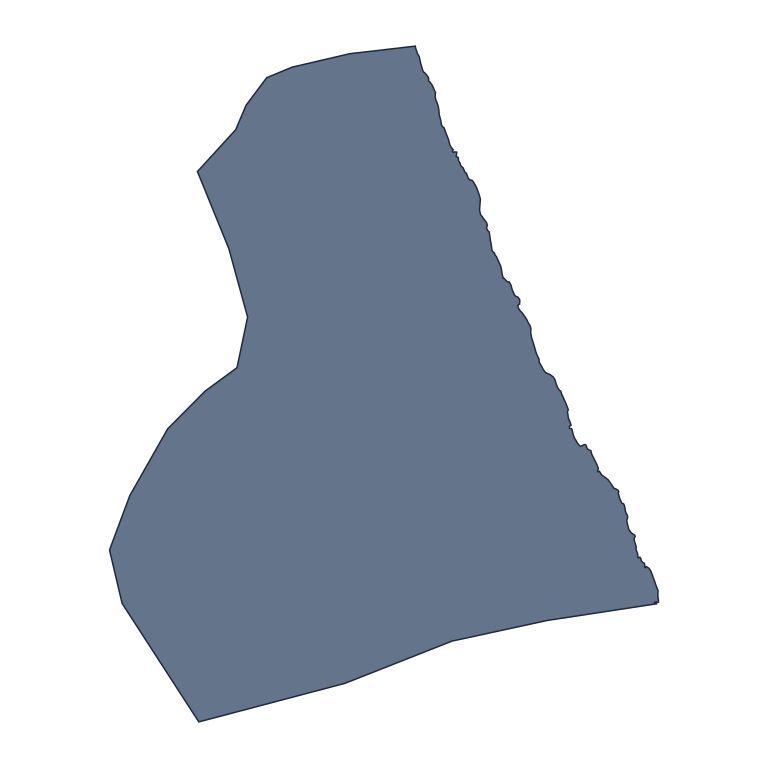 Qusir, Al Bahr al Ahmar, Egypt (Equal Earth projection)
{"feature_id": "37247803B34734253794751", "entity_name": "Qusir", "entity_type": "district", "adm_level": 2, "iso_a3": "EGY", "parent_name": "Egypt", "parent_adm1": "Al Bahr al Ahmar", "projection": "equal_earth", "projection_center": [34.284, 25.954], "detail": "fine", "context": "isolated", "style": "filled", "palette": "slate", "viewbox_px": 768, "rotation_deg": 0, "n_neighbors": 0, "source": "geoboundaries", "source_scale": "gbopen_adm2", "svg_char_len": 3371}
<svg xmlns="http://www.w3.org/2000/svg" viewBox="0 0 768 768"><path d="M657.2,603.7L655.9,603.3L654.6,602.8L654.9,602.0L657.4,602.2L658.4,602.2L658.5,600.6L657.9,596.4L658.0,590.5L655.9,585.2L654.6,581.2L653.1,577.2L651.3,572.1L649.9,569.5L648.8,568.3L648.2,567.7L647.6,567.5L646.6,566.6L645.8,567.1L645.4,567.7L644.6,567.4L644.9,566.2L644.4,563.3L643.1,562.7L641.3,560.8L640.8,558.4L639.8,557.2L639.0,557.7L637.8,557.5L637.9,556.0L637.6,553.7L636.0,549.3L636.2,547.1L635.6,544.8L634.3,540.6L634.0,538.9L634.3,537.8L635.1,536.7L634.8,535.2L631.3,533.0L629.5,530.5L628.8,529.3L628.1,526.5L627.4,523.9L626.7,520.8L627.4,518.5L627.6,516.8L627.2,514.8L626.3,513.8L625.3,510.8L625.1,508.9L624.7,506.8L624.3,505.3L623.6,503.9L621.7,503.0L619.6,498.2L619.2,496.4L618.4,493.8L618.3,492.6L618.8,491.7L617.9,490.1L617.5,489.7L613.8,488.1L611.9,485.1L608.1,479.7L605.0,477.3L601.6,474.9L600.1,472.3L599.3,471.3L598.6,471.7L597.6,471.5L598.0,469.7L598.4,468.6L596.9,464.6L593.9,458.5L591.8,454.4L590.9,450.7L588.6,449.7L587.2,448.6L586.5,446.6L586.0,445.1L584.9,444.5L583.6,444.9L580.4,446.4L578.6,444.6L577.5,443.2L576.0,440.4L575.1,439.2L574.1,437.1L573.2,434.7L572.5,431.5L572.1,429.7L571.5,428.6L570.5,428.6L569.5,428.2L569.3,426.7L570.3,425.6L571.1,425.2L570.3,422.8L568.3,417.8L567.9,414.5L567.4,412.0L568.3,409.7L567.4,407.3L566.2,404.2L562.9,396.6L561.7,394.2L560.7,391.1L559.6,390.5L557.9,388.1L556.3,384.3L554.9,379.6L553.2,376.9L549.8,374.4L547.2,373.4L544.8,371.8L543.2,369.3L541.0,365.3L539.4,362.6L538.8,358.5L536.9,354.9L535.2,349.7L534.3,346.1L532.9,341.7L531.6,337.6L531.0,334.8L530.7,332.4L531.0,329.2L530.2,326.0L528.1,322.4L526.8,319.7L525.2,317.1L522.4,313.1L519.6,310.2L518.8,308.6L518.1,307.3L518.0,305.2L518.8,304.5L519.6,304.1L519.8,301.3L519.6,299.4L518.0,297.2L515.8,296.3L514.3,294.8L513.4,292.4L512.1,289.6L511.2,285.7L509.8,282.8L509.1,281.9L507.2,281.6L505.5,280.0L504.1,278.4L503.2,278.3L502.9,276.7L502.4,275.3L501.8,272.0L501.4,269.0L500.7,266.1L499.2,262.8L496.4,256.5L495.1,255.2L494.6,253.2L493.7,252.4L492.6,251.5L491.9,249.7L491.5,246.8L491.1,243.6L490.4,240.3L489.2,231.9L487.5,230.4L486.5,227.7L486.9,226.4L487.4,225.8L487.2,224.8L486.6,222.7L484.1,219.4L481.6,215.9L480.5,214.5L480.0,212.1L479.6,210.1L479.8,206.8L480.1,202.8L480.4,199.3L479.7,196.5L478.4,192.5L476.8,188.1L475.6,185.6L474.2,183.3L473.1,181.5L472.0,180.4L471.5,180.1L470.0,180.1L468.1,178.0L467.4,175.9L466.3,173.1L465.2,172.7L464.1,170.2L463.0,167.7L460.8,165.8L460.3,163.8L459.7,162.7L458.5,160.6L458.4,158.8L458.2,157.4L456.2,156.5L456.7,153.0L456.7,152.1L455.0,151.9L453.3,152.3L452.4,151.5L452.8,150.3L453.3,149.8L452.2,148.6L450.1,145.7L448.8,140.7L448.2,138.7L447.1,136.0L445.4,131.7L444.1,127.9L442.9,126.9L442.2,126.2L441.5,124.6L440.6,119.8L439.2,114.7L438.9,110.4L438.3,106.6L437.1,102.8L435.9,100.2L435.2,96.6L435.3,93.9L435.6,92.8L434.2,89.8L432.3,85.3L429.7,81.8L428.6,81.0L428.5,79.7L428.8,78.9L428.2,77.2L426.4,74.6L424.7,72.8L423.4,71.9L422.7,70.3L421.7,66.7L420.7,63.4L419.8,59.4L419.6,58.3L419.0,56.2L417.6,53.9L415.7,48.4L415.3,46.1L349.8,53.7L292.2,67.1L266.7,77.7L246.1,105.2L235.7,129.7L197.4,171.6L198.9,175.1L228.9,248.8L247.1,315.3L247.6,317.1L247.1,319.5L237.0,367.7L205.1,391.1L167.7,428.8L129.8,495.6L109.5,550.0L122.1,603.4L198.8,721.9L345.0,683.3L452.0,641.1L547.0,620.5L657.2,603.7Z" fill="#64748b" stroke="#1e293b" stroke-width="1.5"/></svg>